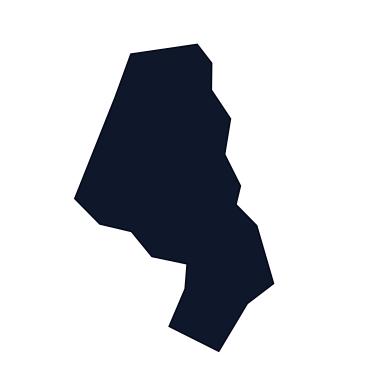 outline of Paranaque, rotated 200°
{"feature_id": "PHL-5555", "entity_name": "Paranaque", "entity_type": "Highly Urbanized City", "adm_level": 1, "iso_a3": "PHL", "parent_name": "Philippines", "parent_adm1": "", "projection": "robinson", "projection_center": [121.013, 14.486], "detail": "fine", "context": "isolated", "style": "filled", "palette": "ink", "viewbox_px": 384, "rotation_deg": 200, "n_neighbors": 0, "source": "natural_earth", "source_scale": "10m", "svg_char_len": 418}
<svg xmlns="http://www.w3.org/2000/svg" viewBox="0 0 384 384"><g transform="rotate(200 192 192)"><path d="M84.1,133.9L101.9,106.1L112.4,51.5L167.5,57.9L165.3,98.6L172.0,122.8L207.6,117.7L235.4,134.2L267.7,130.4L299.9,145.7L296.6,255.0L296.6,300.7L237.6,332.5L217.6,319.8L208.7,294.4L180.9,274.0L174.2,238.5L148.6,214.3L146.4,195.2L119.7,182.5L84.1,133.9Z" fill="#0f172a" stroke="#020617" stroke-width="1.5"/></g></svg>